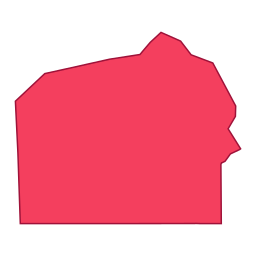 the district of Adams, Pennsylvania, United States of America
{"feature_id": "52423323B75769363795569", "entity_name": "Adams", "entity_type": "district", "adm_level": 2, "iso_a3": "USA", "parent_name": "United States of America", "parent_adm1": "Pennsylvania", "projection": "natural_earth1", "projection_center": [-77.13, 39.895], "detail": "fine", "context": "isolated", "style": "filled", "palette": "rose", "viewbox_px": 256, "rotation_deg": 0, "n_neighbors": 0, "source": "geoboundaries", "source_scale": "gbopen_adm2", "svg_char_len": 535}
<svg xmlns="http://www.w3.org/2000/svg" viewBox="0 0 256 256"><path d="M221.3,223.6L220.9,164.3L221.6,162.8L222.2,162.7L223.7,161.9L224.7,161.5L225.1,161.2L230.4,153.9L239.7,149.5L240.6,148.8L228.1,128.8L235.4,116.4L235.7,106.0L212.8,63.0L191.1,54.8L180.6,41.1L161.0,32.4L150.3,42.3L143.3,50.5L140.0,54.5L109.6,59.2L66.6,68.8L44.8,73.6L37.1,80.8L15.4,101.2L17.9,152.7L20.3,223.6L114.7,223.6L116.2,223.6L126.2,223.6L126.3,223.6L195.2,223.5L195.5,223.4L200.4,223.6L221.3,223.6Z" fill="#f43f5e" stroke="#9f1239" stroke-width="1.5"/></svg>